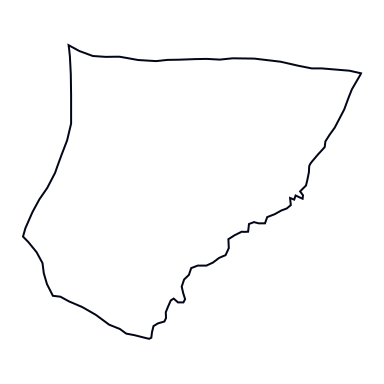 outline of Bleebo, Grand Kru, Liberia
{"feature_id": "62588387B93469506869608", "entity_name": "Bleebo", "entity_type": "district", "adm_level": 2, "iso_a3": "LBR", "parent_name": "Liberia", "parent_adm1": "Grand Kru", "projection": "albers", "projection_center": [-7.948, 4.745], "detail": "fine", "context": "isolated", "style": "outline", "palette": "ink", "viewbox_px": 384, "rotation_deg": 0, "n_neighbors": 0, "source": "geoboundaries", "source_scale": "gbopen_adm2", "svg_char_len": 1492}
<svg xmlns="http://www.w3.org/2000/svg" viewBox="0 0 384 384"><path d="M23.0,236.6L28.2,241.9L36.6,252.2L42.5,263.1L43.8,273.3L47.0,284.2L52.9,295.8L60.4,296.7L69.2,301.5L71.6,302.5L82.5,307.2L95.9,314.9L109.2,324.7L119.9,329.0L126.2,333.6L134.6,335.2L145.3,337.9L149.1,338.8L151.3,337.7L152.0,332.2L153.5,326.1L157.9,323.4L164.4,321.5L166.0,318.1L165.8,312.2L168.1,306.5L170.8,300.4L173.7,298.6L178.0,302.4L183.4,302.4L185.1,299.2L183.2,293.1L181.7,286.7L184.1,279.5L188.9,274.9L191.2,268.1L197.7,265.6L206.4,265.6L212.9,262.6L219.1,257.9L225.6,255.1L228.8,248.1L228.4,239.2L234.5,235.3L241.7,231.7L244.2,231.9L248.1,231.7L249.0,224.0L254.0,222.1L258.5,223.3L265.0,223.3L267.2,217.1L274.7,214.2L281.3,210.5L286.7,208.5L290.8,205.1L290.1,198.0L294.2,199.6L295.6,195.5L300.1,197.6L302.6,198.7L303.0,195.3L300.1,191.4L306.0,185.5L307.3,180.1L308.9,172.3L309.2,166.2L310.1,164.1L311.7,161.9L317.5,155.0L324.7,147.1L325.4,141.4L329.7,134.6L334.7,127.7L344.2,109.5L348.7,97.3L351.9,89.3L360.5,74.5L361.0,73.3L349.5,70.7L344.5,70.3L321.7,68.4L311.7,68.4L298.1,65.7L280.5,61.7L254.3,58.6L232.6,58.3L219.9,59.6L206.8,58.9L195.3,59.1L178.9,59.7L167.6,59.9L163.5,60.3L160.2,60.7L155.9,61.1L138.0,60.0L128.6,58.3L119.4,56.7L109.6,56.8L106.1,56.9L92.8,56.0L79.5,51.1L68.6,45.2L69.2,49.7L69.9,56.6L70.8,74.1L71.1,95.2L71.1,119.5L71.1,123.6L67.1,140.4L61.5,155.0L57.3,166.5L55.1,172.8L47.2,188.0L39.4,199.3L33.0,211.1L32.2,212.7L25.4,228.2L23.0,236.6Z" fill="none" stroke="#020617" stroke-width="2"/></svg>